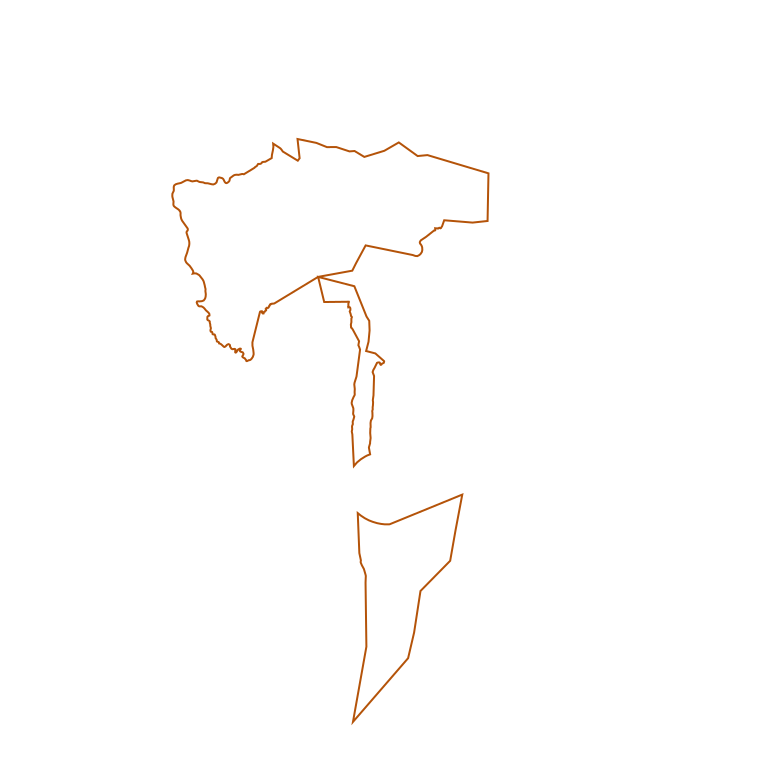 outline of Grímsnes- og Grafningshreppur, Suðurland, Iceland, rotated 150°
{"feature_id": "244011B74100778143587", "entity_name": "Grímsnes- og Grafningshreppur", "entity_type": "district", "adm_level": 2, "iso_a3": "ISL", "parent_name": "Iceland", "parent_adm1": "Suðurland", "projection": "albers", "projection_center": [-20.782, 64.303], "detail": "fine", "context": "isolated", "style": "outline", "palette": "amber", "viewbox_px": 768, "rotation_deg": 150, "n_neighbors": 0, "source": "geoboundaries", "source_scale": "gbopen_adm2", "svg_char_len": 6144}
<svg xmlns="http://www.w3.org/2000/svg" viewBox="0 0 768 768"><g transform="rotate(150 384 384)"><path d="M188.2,514.2L231.9,560.5L240.9,564.6L250.4,585.8L267.1,585.8L287.5,590.5L293.0,600.5L297.6,602.7L306.8,613.0L315.0,617.7L322.0,626.6L336.4,639.4L344.2,621.7L347.0,620.5L355.4,635.9L355.6,638.3L355.9,639.8L356.6,641.3L359.8,647.6L361.2,644.7L363.3,642.0L366.6,638.3L368.3,635.8L375.6,635.8L377.7,636.8L378.6,637.0L379.7,636.5L380.5,636.4L381.4,636.6L383.0,637.5L385.2,636.4L387.2,636.3L388.1,636.0L400.5,635.7L401.2,636.4L402.1,636.9L405.5,637.9L406.9,638.9L408.5,639.6L409.9,639.8L414.2,639.3L414.7,639.0L416.2,637.3L417.0,636.9L418.6,636.6L419.4,636.6L420.1,636.8L420.5,637.2L420.8,638.0L420.9,639.0L420.7,641.3L420.8,642.2L421.2,643.1L421.9,643.9L423.5,645.4L424.6,645.5L425.0,645.3L428.3,642.3L430.1,641.9L431.8,642.1L432.5,642.5L433.3,643.1L436.2,645.9L438.6,647.4L439.8,649.0L442.5,651.0L443.1,651.7L444.3,653.5L445.0,653.9L448.7,655.3L449.8,656.4L450.5,657.3L451.9,658.7L453.7,659.4L459.0,659.6L460.2,659.9L462.6,660.7L464.5,661.1L466.3,660.9L467.1,660.3L467.8,659.4L468.9,657.3L469.5,656.4L472.1,654.6L473.3,652.7L473.7,651.8L474.7,648.3L475.0,647.3L476.0,645.8L476.6,644.9L476.9,644.1L477.0,643.3L476.8,642.4L476.3,641.1L474.8,638.0L474.4,636.7L474.3,635.8L474.4,635.7L474.3,635.3L474.4,634.5L474.9,633.4L475.8,632.0L476.7,629.5L477.0,628.5L477.1,627.6L477.2,626.4L476.3,617.1L476.4,616.3L477.0,615.4L477.6,615.0L478.3,614.8L478.9,614.4L479.4,613.7L479.7,612.4L480.9,606.8L481.4,604.9L482.2,603.2L482.8,602.3L483.8,601.0L485.1,599.9L488.9,596.1L492.5,593.1L493.9,591.4L494.3,590.4L494.4,589.4L494.5,588.3L494.3,587.1L493.2,583.5L492.9,580.6L492.8,578.0L492.9,577.0L493.3,576.1L494.5,575.2L492.8,574.6L491.2,573.5L489.8,571.1L489.5,570.3L488.8,565.3L488.8,563.7L489.0,562.5L489.9,559.2L490.5,557.5L491.1,555.4L492.2,553.8L493.4,550.9L494.6,549.1L495.7,547.9L496.7,547.2L498.4,546.5L500.3,546.8L502.7,547.9L503.7,548.6L504.7,548.9L505.4,548.3L505.7,547.0L505.7,544.8L505.5,544.1L505.1,543.6L503.2,542.5L502.1,540.6L501.7,539.0L501.4,536.9L500.3,533.5L500.2,532.1L500.6,531.1L500.9,530.6L501.4,530.6L502.5,530.8L503.3,530.5L504.0,529.5L504.8,528.1L504.6,527.3L503.7,526.0L503.7,525.1L504.2,524.3L504.7,522.4L505.4,521.1L506.0,518.9L507.4,517.4L507.7,516.7L507.8,516.1L507.7,515.7L507.1,515.3L506.9,515.0L506.9,514.7L507.1,513.9L507.5,513.0L507.4,512.7L507.0,512.2L506.2,511.8L506.0,511.6L505.9,511.1L506.3,509.2L506.8,508.1L506.9,507.9L506.8,506.7L506.9,505.6L507.3,504.9L507.4,504.4L507.1,503.9L506.3,503.1L506.2,502.4L506.5,501.8L506.5,501.5L506.0,501.2L505.2,499.9L504.9,499.0L504.2,496.7L504.0,496.2L503.6,495.8L502.4,495.8L500.5,496.4L499.9,496.4L498.8,496.3L498.3,495.7L498.1,495.3L498.0,494.6L498.6,493.5L498.5,490.9L498.3,490.5L497.8,489.9L496.0,489.2L495.6,488.9L495.4,488.4L495.4,488.1L495.6,487.8L496.2,487.2L496.9,486.0L497.0,485.8L496.8,485.4L496.3,485.3L495.9,485.4L493.7,486.6L492.9,486.8L491.1,486.7L490.5,486.3L490.4,486.1L490.6,485.8L491.0,485.6L491.8,485.4L492.1,485.2L492.3,484.7L492.2,484.1L491.7,483.3L490.7,482.3L490.5,482.0L490.5,481.5L490.5,480.6L491.0,479.9L492.9,478.8L493.0,477.9L492.3,476.6L491.8,476.0L491.7,475.6L491.7,474.7L491.5,474.3L491.5,473.7L491.7,472.8L491.5,472.5L491.1,472.3L489.1,472.2L488.6,471.9L487.6,471.7L486.0,472.1L484.0,473.1L482.2,474.7L481.5,475.9L480.1,479.1L478.8,482.9L477.1,485.9L455.7,508.1L455.1,508.6L454.6,508.6L454.0,508.2L453.4,508.1L453.4,507.6L453.6,507.5L454.0,506.8L453.9,506.6L453.4,506.5L453.5,506.0L453.6,505.9L453.6,505.6L453.0,505.3L452.8,505.5L452.7,506.2L452.4,506.4L452.1,506.4L451.1,506.2L450.6,506.6L449.3,506.7L448.9,507.1L448.9,508.1L448.4,508.2L447.9,508.6L447.2,508.6L446.6,507.9L445.6,508.0L444.7,508.7L444.4,508.8L444.4,509.0L444.1,509.2L443.8,509.1L443.3,509.4L443.0,509.8L442.5,509.6L442.0,509.9L441.3,509.5L440.9,509.6L440.7,509.4L440.0,509.2L439.6,508.9L438.7,508.6L387.5,509.7L354.8,498.0L347.8,502.6L330.6,513.2L294.6,481.3L292.9,479.3L291.2,478.1L288.9,478.0L287.2,478.4L285.2,479.4L283.8,480.9L282.6,483.3L282.3,484.9L282.3,486.4L282.5,487.2L282.5,487.9L282.1,488.9L281.3,489.5L280.2,490.0L274.0,490.4L263.8,491.9L263.5,491.6L262.8,491.5L262.2,492.3L262.1,492.7L261.8,493.3L261.1,492.7L260.1,492.3L259.6,491.6L258.2,491.7L257.8,491.5L257.4,490.7L256.6,490.6L255.5,491.3L254.9,491.5L250.0,495.7L226.6,479.5L212.8,473.4L188.2,514.2ZM371.5,249.1L449.3,259.7L453.4,262.0L456.5,264.3L459.5,266.9L462.7,270.3L465.2,273.4L467.7,277.3L469.8,281.5L471.3,285.3L489.9,249.9L492.2,242.8L493.0,241.8L493.4,241.1L493.5,240.5L493.8,238.0L493.9,233.8L495.3,228.2L495.7,226.9L499.3,221.2L530.6,165.3L579.8,106.9L500.2,134.5L482.2,153.7L455.9,186.5L415.1,197.8L395.4,221.3L371.5,249.1ZM387.5,509.7L394.8,484.9L373.3,472.8L373.3,472.6L374.8,471.3L375.5,469.8L376.3,469.1L376.6,468.2L375.8,468.0L375.4,467.8L375.2,467.4L375.2,467.0L375.3,466.4L376.1,464.9L377.4,464.0L377.9,461.2L378.5,459.5L378.5,459.0L378.3,458.5L378.4,458.0L378.6,457.7L379.6,456.9L379.8,456.5L380.8,454.8L381.2,454.0L383.0,452.0L383.6,450.7L384.2,449.5L384.3,449.3L384.0,448.7L383.8,447.0L384.2,433.5L386.8,430.4L387.0,428.5L387.5,425.8L404.1,404.2L408.8,399.9L409.7,398.8L410.0,398.4L411.8,394.3L413.6,391.5L414.5,389.7L415.1,389.0L416.9,387.9L419.6,385.9L421.4,383.9L421.9,382.8L422.7,378.3L423.6,376.6L425.4,374.0L425.7,373.5L425.8,373.1L426.0,370.9L426.1,370.6L428.3,368.4L429.8,367.2L430.5,366.0L431.0,364.9L432.6,363.6L433.1,362.9L434.1,360.8L435.7,358.9L436.6,356.2L451.1,328.0L446.5,329.6L441.6,330.4L436.7,330.6L434.2,330.5L431.2,330.0L428.9,336.4L428.6,336.8L425.6,339.7L425.2,340.5L422.6,343.9L420.5,348.4L418.0,352.4L417.2,353.2L415.2,356.9L413.6,358.9L411.4,360.2L410.0,362.0L408.3,365.1L407.9,366.1L407.4,366.8L406.5,367.6L405.4,369.6L404.5,370.7L403.3,372.5L402.5,373.8L402.0,375.1L401.6,375.8L398.8,379.4L388.6,395.9L387.9,400.0L386.2,401.5L384.1,402.7L379.5,405.8L378.3,405.6L377.4,405.1L377.1,404.8L377.0,404.4L377.4,402.8L377.3,402.3L377.2,402.2L376.6,402.1L375.6,402.6L374.7,402.5L373.5,402.5L372.5,403.6L372.5,403.8L376.2,414.8L383.0,421.5L376.3,428.3L369.7,437.6L365.2,446.1L365.4,451.2L360.8,483.5L387.5,509.7Z" fill="none" stroke="#b45309" stroke-width="2"/></g></svg>